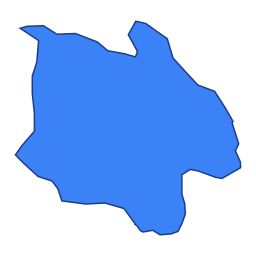 Lemona, Paphos, Cyprus, rotated 270°
{"feature_id": "46923920B60992584913895", "entity_name": "Lemona", "entity_type": "district", "adm_level": 2, "iso_a3": "CYP", "parent_name": "Cyprus", "parent_adm1": "Paphos", "projection": "robinson", "projection_center": [32.562, 34.851], "detail": "fine", "context": "isolated", "style": "filled", "palette": "blue", "viewbox_px": 256, "rotation_deg": 270, "n_neighbors": 0, "source": "geoboundaries", "source_scale": "gbopen_adm2", "svg_char_len": 901}
<svg xmlns="http://www.w3.org/2000/svg" viewBox="0 0 256 256"><g transform="rotate(270 128 128)"><path d="M31.7,134.9L30.2,137.0L25.5,140.3L24.0,143.0L25.7,152.8L21.2,160.1L22.1,171.2L24.6,178.0L32.4,181.9L41.9,185.3L52.3,184.7L61.9,181.9L70.3,181.9L81.3,181.9L86.6,190.3L84.9,198.6L78.8,215.3L77.6,222.0L88.3,240.6L93.9,240.4L105.2,235.4L112.2,238.7L133.3,232.0L134.6,233.0L141.7,229.0L151.6,223.1L164.8,214.5L165.9,211.2L171.0,197.8L183.6,186.1L198.0,173.0L217.4,167.2L221.1,161.8L226.1,154.7L232.5,145.8L234.8,135.8L221.3,128.3L204.7,137.4L199.1,135.5L202.2,124.6L205.3,107.7L214.0,97.4L222.5,75.4L221.8,56.8L230.3,43.4L229.7,27.0L227.7,20.2L215.5,38.6L193.8,36.8L180.0,32.3L162.5,32.3L142.6,34.4L124.8,34.4L110.7,22.2L101.1,15.4L93.2,23.2L79.5,38.1L75.0,52.0L67.4,57.8L55.1,61.9L52.0,85.7L53.0,105.0L47.5,124.0L32.1,135.2L31.7,134.9Z" fill="#3b82f6" stroke="#1e3a8a" stroke-width="1.5"/></g></svg>